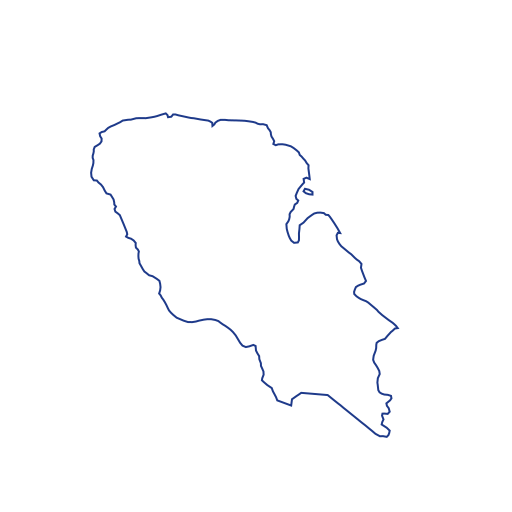 the district of Alcântara, Maranhão, Brazil, rotated 293°
{"feature_id": "56859067B30520431935021", "entity_name": "Alcântara", "entity_type": "district", "adm_level": 2, "iso_a3": "BRA", "parent_name": "Brazil", "parent_adm1": "Maranhão", "projection": "robinson", "projection_center": [-44.534, -2.392], "detail": "fine", "context": "isolated", "style": "outline", "palette": "blue", "viewbox_px": 512, "rotation_deg": 293, "n_neighbors": 0, "source": "geoboundaries", "source_scale": "gbopen_adm2", "svg_char_len": 4448}
<svg xmlns="http://www.w3.org/2000/svg" viewBox="0 0 512 512"><g transform="rotate(293 256 256)"><path d="M245.0,414.6L246.4,412.2L247.2,410.0L247.9,407.9L248.9,403.1L250.9,395.3L252.5,390.5L253.6,388.4L254.5,385.6L256.0,380.7L257.0,377.5L257.4,375.0L257.3,371.9L257.3,369.3L257.6,367.0L258.2,364.2L259.4,361.3L261.3,360.3L263.8,360.1L266.4,360.1L268.5,361.5L270.3,363.2L272.9,366.2L276.0,367.0L278.8,364.1L283.6,359.5L286.2,357.2L289.9,356.2L291.5,353.0L292.1,350.1L292.9,347.7L294.8,343.0L295.5,340.0L297.0,335.1L298.3,330.7L299.7,328.1L301.4,325.7L303.1,324.0L306.5,322.1L309.3,322.3L310.0,324.5L313.4,320.1L316.8,315.2L319.4,311.2L321.0,308.6L322.0,306.6L321.2,304.1L322.0,301.7L321.1,298.3L319.8,295.5L317.9,293.0L316.0,291.7L313.4,290.1L311.0,288.7L305.3,286.7L303.1,285.3L301.4,284.2L297.6,285.5L293.6,286.7L290.0,288.3L287.2,289.4L284.8,289.2L283.0,285.9L283.9,282.5L285.7,280.1L287.5,278.2L290.5,275.6L293.0,273.7L297.2,271.5L300.5,272.2L302.6,272.2L305.2,271.7L307.6,270.6L310.0,270.7L312.1,271.5L314.0,272.2L316.1,271.8L318.5,271.6L321.0,273.2L323.6,273.2L324.4,270.8L326.8,269.0L329.9,268.9L334.3,269.0L337.7,270.0L340.3,270.8L342.4,271.6L345.6,269.7L347.8,271.8L347.8,275.4L350.8,273.7L353.7,272.0L357.1,270.0L360.1,268.9L361.3,266.4L363.1,263.9L364.2,261.4L365.4,259.0L366.1,256.8L368.1,255.0L369.1,252.2L370.1,248.4L370.6,245.2L370.0,239.8L369.2,236.7L367.5,232.9L365.7,230.9L365.9,228.2L368.8,227.9L370.6,225.7L372.0,223.6L373.8,222.2L375.7,221.2L377.1,219.4L378.3,217.1L380.6,214.7L380.1,211.0L378.8,208.2L378.4,205.8L378.6,203.5L378.2,200.8L377.1,196.5L376.1,192.9L375.0,189.9L373.3,185.4L371.7,181.4L370.2,177.6L369.3,174.6L368.4,172.3L367.4,170.1L365.4,168.0L362.9,166.5L360.8,166.2L358.7,165.1L361.5,163.7L361.9,161.5L362.0,159.2L360.0,151.6L358.5,144.9L357.7,142.5L357.1,139.7L356.6,137.0L356.1,134.4L355.2,129.7L354.8,126.5L353.9,124.4L351.1,123.6L349.4,120.8L351.1,119.5L352.0,117.2L349.0,113.5L346.1,110.2L344.5,108.1L342.7,105.4L339.8,100.7L337.6,95.3L336.0,91.9L332.6,87.5L331.5,85.1L328.6,80.4L326.0,78.6L324.2,77.0L321.3,74.5L318.5,71.7L316.2,69.9L314.0,68.9L311.6,67.9L309.8,65.5L307.7,64.1L305.3,65.8L303.8,68.0L301.1,69.0L298.4,68.4L296.1,66.9L293.4,64.9L290.7,65.0L288.9,65.8L287.0,66.2L284.5,66.5L282.5,67.3L280.8,68.9L278.0,70.0L275.4,70.5L272.0,70.8L268.2,71.7L264.7,73.6L262.3,77.1L263.3,80.0L262.1,82.3L261.2,85.4L259.6,88.3L257.0,91.3L255.2,93.9L255.7,98.1L254.4,100.0L252.4,102.8L250.0,104.5L248.0,105.5L246.8,107.8L244.0,107.4L241.9,109.2L241.2,112.2L240.4,114.7L233.5,121.8L227.7,127.6L225.7,129.0L223.1,128.8L222.8,131.4L223.1,134.2L222.5,137.3L221.0,140.2L219.0,140.9L216.8,142.2L215.8,144.7L214.4,146.4L212.2,146.9L209.9,147.8L207.6,149.0L205.8,150.5L203.8,151.6L201.9,154.1L199.7,156.9L198.1,159.3L197.5,161.7L196.5,165.1L197.0,168.7L196.2,173.6L195.4,176.8L193.0,178.6L190.0,180.3L186.8,181.2L183.6,181.5L182.5,183.6L180.8,185.6L179.6,187.7L177.9,190.1L175.9,192.6L173.4,195.4L171.9,197.2L170.6,199.8L169.5,202.7L168.2,207.1L168.2,210.6L168.2,214.6L168.6,219.1L170.2,223.1L172.2,226.3L174.3,228.9L175.6,230.8L177.0,232.8L178.7,235.7L180.3,239.4L181.2,243.5L181.4,246.8L180.8,249.0L180.1,252.1L179.7,255.0L179.0,258.3L178.2,261.4L177.0,264.5L175.0,268.3L173.7,270.1L169.9,275.3L168.2,278.6L168.2,282.2L170.2,285.1L173.1,288.3L173.0,290.8L169.0,292.9L166.9,295.4L165.1,298.0L162.3,299.4L159.2,302.4L156.8,303.5L154.8,305.7L152.6,308.0L149.7,309.4L146.0,309.5L143.9,310.0L142.9,312.7L141.6,316.8L140.6,322.1L138.1,324.4L136.1,326.9L133.9,329.6L131.4,332.0L132.1,346.8L138.2,345.1L142.9,348.0L145.0,349.4L147.7,351.1L156.0,376.3L153.5,385.0L152.3,389.3L151.6,392.1L150.4,395.9L149.4,399.5L143.9,418.7L142.9,422.5L141.4,427.5L140.4,431.0L139.0,435.4L138.5,440.5L139.8,443.3L140.6,447.0L142.9,447.9L145.0,447.8L147.5,447.3L149.0,443.4L150.0,437.5L152.5,437.1L155.4,437.2L158.3,434.4L160.3,434.0L161.2,436.0L162.1,438.9L164.9,439.9L167.7,437.7L169.3,435.0L171.3,433.6L175.5,435.8L177.9,436.3L180.0,434.9L179.7,431.6L178.6,428.2L178.4,425.4L178.8,423.0L180.3,421.0L185.1,418.3L186.9,417.2L191.1,415.9L195.7,416.0L198.3,414.4L200.7,411.5L202.4,409.1L204.1,406.4L206.2,404.4L208.3,403.8L210.3,403.3L215.6,403.1L218.2,402.6L221.3,401.4L223.2,401.0L225.6,402.3L228.1,404.8L230.1,407.1L234.1,408.3L236.9,409.3L238.7,409.9L240.5,410.9L243.5,412.2L245.0,414.6ZM337.0,283.0L337.7,278.9L337.0,274.8L334.1,274.5L333.3,277.4L333.6,280.9L334.6,284.0L337.0,283.0Z" fill="none" stroke="#1e3a8a" stroke-width="2"/></g></svg>